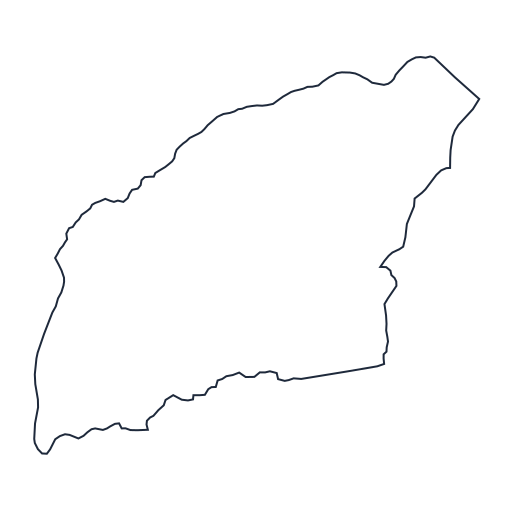 Maurilândia do Tocantins, Tocantins, Brazil, rotated 183°
{"feature_id": "56859067B46182504627993", "entity_name": "Maurilândia do Tocantins", "entity_type": "district", "adm_level": 2, "iso_a3": "BRA", "parent_name": "Brazil", "parent_adm1": "Tocantins", "projection": "mercator", "projection_center": [-47.581, -6.021], "detail": "fine", "context": "isolated", "style": "outline", "palette": "slate", "viewbox_px": 512, "rotation_deg": 183, "n_neighbors": 0, "source": "geoboundaries", "source_scale": "gbopen_adm2", "svg_char_len": 2744}
<svg xmlns="http://www.w3.org/2000/svg" viewBox="0 0 512 512"><g transform="rotate(183 256 256)"><path d="M41.3,424.5L66.8,444.9L88.4,463.4L92.4,464.4L97.0,462.9L102.0,463.3L106.7,462.7L110.6,460.6L115.0,457.7L119.0,452.9L122.5,448.9L126.0,444.3L127.6,440.1L129.9,437.3L133.0,434.9L137.2,433.6L142.0,434.2L149.1,435.1L154.1,438.3L158.5,440.1L162.0,441.9L166.5,443.5L171.8,444.1L179.9,443.9L185.1,442.8L188.3,440.7L192.1,438.5L195.2,436.1L198.6,433.5L202.6,429.6L208.6,428.0L213.5,427.6L217.4,425.6L221.9,424.2L226.1,423.0L229.6,421.6L232.9,419.4L237.3,416.6L241.8,413.0L246.9,408.8L252.9,407.2L257.7,406.4L262.9,406.4L268.1,405.5L273.0,404.5L277.6,402.3L281.4,401.7L285.0,399.3L289.6,397.5L296.0,396.1L302.0,392.9L306.8,388.2L311.1,384.1L314.2,380.0L317.0,377.0L320.3,374.9L323.8,373.0L328.4,370.4L331.6,367.0L334.6,364.6L337.9,361.3L340.8,358.0L342.1,354.0L342.7,349.4L344.7,346.1L347.5,343.5L351.3,340.1L356.7,336.5L360.9,333.6L362.2,329.9L366.1,329.6L371.3,328.9L374.3,325.7L374.9,320.7L377.6,317.1L383.2,315.6L385.5,311.8L387.1,307.1L391.3,303.1L396.9,304.1L400.7,302.6L404.6,303.5L409.5,305.2L414.7,302.5L419.3,300.6L422.4,298.6L424.0,294.9L427.3,291.9L432.3,288.0L434.7,283.3L437.8,280.1L440.5,275.4L444.1,274.0L446.6,268.4L445.5,262.8L447.5,259.6L449.3,256.0L452.1,252.6L454.1,248.1L456.5,243.5L452.5,236.9L449.4,231.3L446.6,224.3L446.3,220.3L446.7,216.4L448.5,209.4L451.5,203.3L453.3,195.2L456.4,188.9L463.5,167.3L469.0,148.0L469.9,142.2L470.7,126.2L469.7,116.5L466.3,101.3L465.7,93.4L467.9,77.2L467.9,61.7L467.1,57.7L463.7,51.7L459.3,47.6L454.5,47.6L451.5,52.1L446.9,62.5L442.4,65.9L437.4,68.0L432.8,67.6L423.8,64.5L418.8,67.4L415.2,71.1L411.2,74.4L407.6,75.4L399.8,74.3L395.8,76.0L392.7,78.2L388.1,81.0L384.0,81.7L381.1,76.8L377.3,77.1L372.3,75.6L365.4,75.8L354.9,76.8L356.5,82.0L356.3,85.8L353.3,89.2L350.1,91.0L345.4,97.0L340.3,102.1L338.8,107.5L331.4,112.7L322.6,108.6L316.4,108.2L311.4,109.5L311.2,113.7L304.5,114.1L299.8,114.7L296.7,120.5L293.6,122.7L289.3,123.1L287.8,129.7L283.3,131.4L279.3,134.4L273.0,135.9L266.7,138.7L260.0,134.6L251.3,135.2L246.1,140.0L240.9,140.2L236.1,141.6L229.2,140.2L227.5,134.2L220.8,132.8L216.8,133.8L212.0,135.8L204.4,135.6L159.3,145.4L129.1,152.2L122.4,154.9L123.2,160.2L123.4,164.5L120.7,167.3L120.7,171.7L119.7,177.5L120.6,182.1L122.1,188.4L122.1,195.0L123.0,203.4L125.2,214.7L122.1,220.5L114.2,233.5L114.6,237.9L116.5,241.3L119.8,244.0L121.0,248.4L125.4,251.7L131.3,251.6L127.4,258.0L123.5,263.2L120.0,266.6L113.0,270.4L109.5,273.0L107.8,282.5L107.0,295.9L103.9,304.9L100.8,313.8L100.6,321.7L93.6,327.8L90.3,331.4L80.1,346.5L75.6,351.2L70.5,353.7L66.8,354.1L67.2,364.5L67.2,372.0L65.9,385.5L63.9,391.7L60.7,397.5L47.1,414.0L41.3,424.5Z" fill="none" stroke="#1e293b" stroke-width="2"/></g></svg>